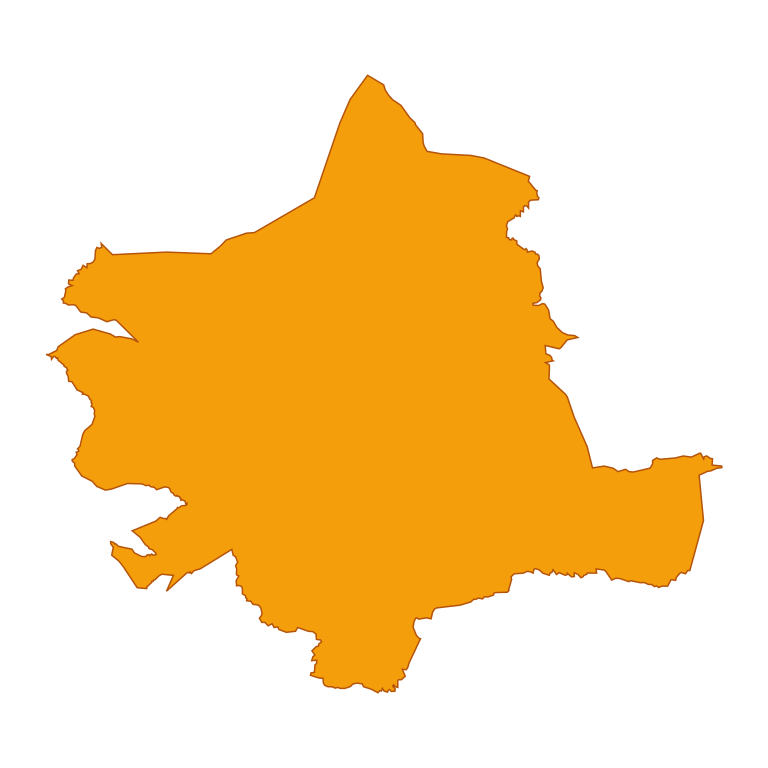 Petlalcingo, Puebla, Mexico, rotated 270°
{"feature_id": "50627088B13668938425489", "entity_name": "Petlalcingo", "entity_type": "district", "adm_level": 2, "iso_a3": "MEX", "parent_name": "Mexico", "parent_adm1": "Puebla", "projection": "albers", "projection_center": [-97.931, 18.063], "detail": "fine", "context": "isolated", "style": "filled", "palette": "amber", "viewbox_px": 768, "rotation_deg": 270, "n_neighbors": 0, "source": "geoboundaries", "source_scale": "gbopen_adm2", "svg_char_len": 6045}
<svg xmlns="http://www.w3.org/2000/svg" viewBox="0 0 768 768"><g transform="rotate(270 384 384)"><path d="M300.4,721.9L302.0,721.6L302.9,712.1L309.2,712.5L309.7,710.1L312.1,706.7L311.2,704.2L309.0,703.7L314.7,700.7L314.9,699.9L310.9,691.4L312.0,683.4L310.0,675.1L308.7,660.0L310.1,656.6L307.5,652.6L304.2,652.6L299.9,650.2L296.0,633.5L296.3,629.2L298.7,625.6L296.4,618.1L299.7,613.3L301.9,604.2L300.1,592.5L321.2,587.2L350.8,574.2L371.0,567.3L373.7,565.5L389.0,549.0L402.1,549.5L403.3,549.1L405.4,545.4L407.2,553.2L407.9,552.1L410.6,551.6L412.6,549.9L414.2,545.9L422.5,545.2L419.2,559.1L420.3,560.9L428.1,567.2L430.5,577.8L432.4,574.6L433.0,567.8L435.4,562.4L440.5,556.9L447.0,553.1L449.2,550.1L457.9,548.6L463.9,544.9L464.4,542.4L462.5,538.8L462.8,533.2L464.7,532.9L465.4,536.9L468.1,540.4L470.0,541.0L471.9,539.7L475.3,540.1L476.4,541.7L480.2,543.2L486.8,541.4L499.3,540.2L502.1,537.7L505.3,537.1L509.1,539.3L512.2,539.0L513.9,537.4L514.0,535.6L515.8,535.0L517.0,532.1L515.9,527.4L517.5,527.4L519.4,526.1L518.4,524.9L518.7,523.8L523.7,517.0L527.1,516.7L528.4,513.8L529.8,513.3L529.8,512.3L528.1,511.4L528.4,509.4L530.3,508.5L530.5,506.5L536.6,506.6L539.0,507.5L542.4,506.4L546.4,507.8L550.2,514.1L552.9,515.3L552.9,516.2L551.6,516.7L552.2,518.9L551.6,520.3L557.3,520.4L556.1,523.4L561.0,523.5L562.4,524.7L562.0,526.7L559.9,528.6L565.9,528.5L567.8,530.5L568.3,538.4L570.1,538.9L571.7,537.5L575.1,536.7L577.3,537.2L577.7,535.8L586.9,528.3L591.6,529.6L610.0,484.1L612.6,470.6L614.1,441.7L616.6,427.1L622.3,424.0L625.8,423.1L634.3,422.6L643.1,415.6L645.4,414.9L650.2,409.8L662.6,401.0L668.2,392.7L672.7,388.6L678.1,385.2L683.1,383.7L692.7,367.6L668.4,350.0L644.8,339.8L570.2,314.4L535.4,254.4L534.8,246.3L528.0,226.2L521.9,220.4L514.2,211.0L515.9,166.4L513.3,112.5L524.5,101.2L520.7,101.8L519.6,99.1L520.6,96.9L517.4,95.5L508.7,94.9L505.8,93.0L504.4,90.1L504.3,87.2L500.2,86.8L502.7,83.1L498.6,81.1L497.3,77.5L494.3,79.1L494.0,76.3L490.1,73.5L487.7,73.0L488.0,68.8L484.1,68.5L482.4,72.3L481.2,68.3L479.2,65.4L477.3,65.8L470.5,64.3L469.0,61.7L467.3,63.4L465.0,63.3L464.8,65.3L463.0,68.5L463.3,73.5L462.5,75.8L456.0,80.7L455.0,86.8L451.0,91.0L450.2,98.2L446.3,106.9L448.3,113.9L447.8,116.2L425.8,138.5L429.2,131.7L431.4,119.6L430.9,115.5L433.9,110.6L438.9,93.1L433.3,75.2L421.3,58.2L417.5,56.7L413.5,48.6L413.6,46.1L411.4,51.2L408.7,51.5L411.7,53.8L411.3,55.3L409.7,56.4L410.1,57.6L407.8,58.1L403.0,63.9L401.7,64.1L400.4,66.5L397.4,67.8L396.7,66.5L394.8,66.5L391.8,68.1L386.7,68.7L386.3,71.9L378.1,77.1L375.3,83.0L373.8,82.4L373.6,85.2L371.6,88.8L369.5,89.3L367.1,91.5L365.5,91.1L363.9,92.1L361.5,91.2L360.7,93.2L357.4,94.7L353.9,94.2L351.8,95.0L343.6,92.0L337.2,84.6L333.7,82.8L321.7,80.0L319.1,77.5L317.9,78.7L316.5,78.5L315.8,76.2L313.3,77.0L309.6,74.4L308.3,72.1L306.6,72.4L305.0,74.6L301.8,74.8L291.9,81.9L286.8,92.1L281.6,96.8L277.9,105.3L278.9,111.4L284.5,127.5L284.1,141.8L282.4,146.1L282.8,149.2L281.4,150.4L280.7,154.2L278.3,156.7L281.1,164.7L280.6,168.2L279.4,169.7L276.1,170.9L274.5,173.4L272.8,174.3L271.8,176.0L272.6,177.2L271.5,177.9L271.4,179.6L269.6,180.2L269.3,181.1L267.8,180.9L268.1,182.3L266.8,185.2L264.4,185.6L264.7,187.1L263.4,186.9L262.4,185.0L262.3,181.8L260.2,178.8L260.6,177.5L259.3,177.0L252.3,168.7L248.6,166.7L249.6,165.8L249.3,164.1L250.7,160.1L246.9,155.8L237.2,132.2L230.9,139.9L223.4,145.3L221.0,148.5L219.4,149.0L218.3,152.4L215.3,155.4L213.9,156.2L213.1,155.5L213.0,152.7L214.0,151.7L212.3,149.9L213.4,148.9L212.8,146.7L211.4,145.9L211.5,141.7L215.1,134.4L218.8,132.0L221.7,118.4L224.1,115.9L224.1,114.5L225.5,113.8L226.4,110.6L224.3,110.7L220.7,113.3L212.8,111.7L206.9,118.9L201.3,123.3L180.3,137.2L179.4,146.7L181.2,147.0L185.6,151.7L186.7,151.9L186.6,153.0L188.3,154.0L188.2,154.9L192.4,159.2L193.8,162.0L192.6,173.4L176.8,166.5L195.4,187.2L195.1,190.3L196.7,189.7L194.5,191.5L197.3,194.0L199.2,200.3L218.6,231.8L212.7,233.2L211.2,235.6L205.9,237.6L202.3,235.6L199.2,236.7L194.1,236.4L193.1,236.6L192.0,238.8L187.2,236.1L182.2,236.6L182.6,238.5L181.6,241.5L179.7,242.4L174.2,242.4L172.2,245.5L170.0,245.9L169.2,247.0L167.2,246.6L166.7,250.9L163.7,252.9L162.9,258.5L159.9,260.9L154.7,262.0L153.0,261.8L149.8,259.4L145.6,261.7L145.6,264.9L142.2,268.2L144.3,272.1L140.5,274.1L141.1,277.8L138.5,278.9L135.7,286.3L136.7,295.5L140.5,297.7L136.7,308.4L136.4,312.8L133.9,316.0L128.6,316.4L128.0,320.6L126.2,321.5L123.9,318.7L121.9,318.5L121.4,316.3L117.2,311.9L113.0,314.9L111.2,312.8L107.3,311.7L107.8,316.7L104.6,316.6L103.2,315.0L95.7,314.4L95.1,311.0L92.7,310.5L90.0,319.0L89.7,323.1L85.1,323.3L82.7,324.7L81.3,327.9L81.2,332.1L79.9,335.3L80.6,337.7L79.6,340.4L79.6,344.9L81.5,350.5L83.9,352.7L84.9,356.6L84.2,362.2L81.3,363.6L78.7,371.5L75.3,377.9L77.5,380.1L77.0,381.4L79.6,382.4L76.9,384.1L75.9,387.5L77.9,388.3L78.4,389.5L76.5,391.4L76.9,395.0L79.2,395.1L82.0,392.7L83.2,393.7L81.3,395.3L80.6,397.8L87.2,397.7L88.3,398.5L88.3,401.5L91.8,405.2L98.8,402.4L98.3,406.3L100.7,407.8L104.9,409.0L129.3,420.5L129.4,419.4L132.6,416.4L140.7,413.1L146.6,414.1L149.7,415.7L150.1,417.1L148.8,418.8L150.2,426.4L149.2,431.1L155.9,432.6L159.1,434.7L160.1,436.7L162.9,460.4L166.1,470.8L168.9,474.0L168.6,475.6L169.9,478.4L169.1,482.5L171.1,484.3L171.1,488.0L172.9,493.5L174.8,494.0L175.4,495.2L175.8,507.4L177.5,509.0L178.2,508.6L188.6,511.6L191.2,511.1L194.2,514.2L194.9,523.5L196.6,526.9L196.2,530.5L194.9,533.1L198.4,533.8L199.4,535.2L198.2,539.1L194.8,542.9L192.7,549.3L194.8,550.0L195.5,551.8L198.3,553.1L193.5,556.5L195.3,559.3L192.7,565.2L193.5,567.4L194.7,567.3L191.2,571.4L191.4,574.3L195.2,574.2L193.6,578.0L190.3,580.9L191.3,583.2L192.6,583.8L193.7,586.8L195.0,587.2L194.9,596.6L199.1,596.1L198.0,604.0L196.8,605.7L187.9,611.7L189.7,615.7L189.5,619.8L186.3,629.0L187.4,630.3L185.3,640.3L185.4,644.4L183.6,648.4L183.4,652.0L181.4,654.3L182.1,656.5L180.5,658.7L181.9,662.0L181.9,667.7L188.3,671.0L187.7,675.7L190.7,676.3L195.0,680.1L195.5,681.5L194.2,685.5L197.4,687.6L197.4,689.8L247.5,703.5L292.8,699.1L296.7,707.6L297.1,710.8L299.8,716.9L300.4,721.9Z" fill="#f59e0b" stroke="#b45309" stroke-width="1.5"/></g></svg>